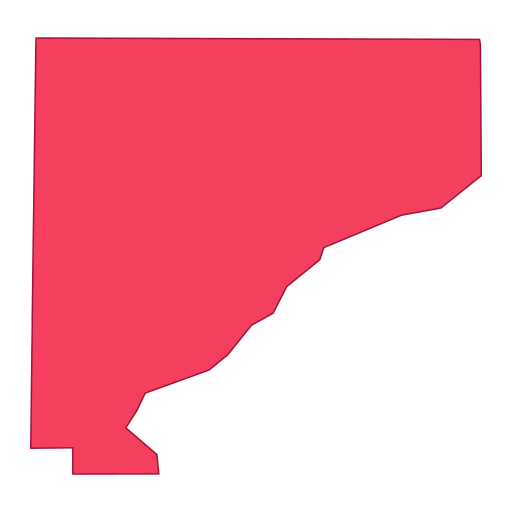 the district of Warren, Indiana, United States of America
{"feature_id": "52423323B12538160234117", "entity_name": "Warren", "entity_type": "district", "adm_level": 2, "iso_a3": "USA", "parent_name": "United States of America", "parent_adm1": "Indiana", "projection": "robinson", "projection_center": [-87.371, 40.302], "detail": "fine", "context": "isolated", "style": "filled", "palette": "rose", "viewbox_px": 512, "rotation_deg": 0, "n_neighbors": 0, "source": "geoboundaries", "source_scale": "gbopen_adm2", "svg_char_len": 463}
<svg xmlns="http://www.w3.org/2000/svg" viewBox="0 0 512 512"><path d="M479.5,39.4L36.1,38.0L36.0,39.5L35.7,56.3L32.2,320.2L32.3,321.0L31.4,393.6L31.2,411.9L31.1,420.8L30.7,448.2L72.8,447.8L72.8,474.0L158.8,473.9L156.9,454.6L125.8,427.8L136.9,410.5L145.2,393.1L209.2,369.9L228.0,354.5L251.5,325.2L273.1,313.2L286.7,286.6L319.8,259.7L323.8,247.6L401.4,215.2L440.9,208.0L481.3,175.6L480.4,44.4L479.5,39.4Z" fill="#f43f5e" stroke="#9f1239" stroke-width="1.5"/></svg>